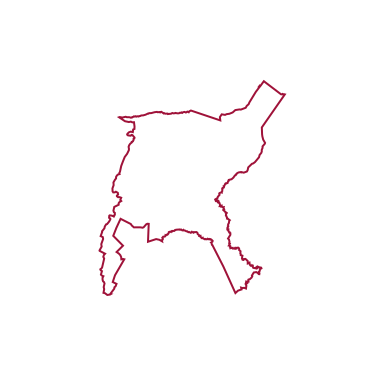 outline of Masaiti, Copperbelt, Zambia, rotated 217°
{"feature_id": "96606910B87020590647468", "entity_name": "Masaiti", "entity_type": "district", "adm_level": 2, "iso_a3": "ZMB", "parent_name": "Zambia", "parent_adm1": "Copperbelt", "projection": "robinson", "projection_center": [28.591, -13.342], "detail": "fine", "context": "isolated", "style": "outline", "palette": "rose", "viewbox_px": 384, "rotation_deg": 217, "n_neighbors": 0, "source": "geoboundaries", "source_scale": "gbopen_adm2", "svg_char_len": 6049}
<svg xmlns="http://www.w3.org/2000/svg" viewBox="0 0 384 384"><g transform="rotate(217 192 192)"><path d="M241.9,256.4L242.7,254.8L242.6,253.7L244.1,253.4L244.7,251.8L246.1,251.5L247.1,250.4L247.4,249.3L248.3,249.2L248.5,248.5L249.3,248.1L249.8,247.0L250.9,246.1L252.9,245.1L253.0,244.7L254.2,243.6L255.3,243.2L255.8,242.0L258.2,239.7L258.7,239.9L260.6,238.4L261.8,238.2L261.9,237.7L264.7,237.6L265.2,236.6L265.5,236.8L267.5,235.0L268.2,234.9L270.0,233.1L272.1,230.4L273.5,229.3L274.0,228.3L274.3,228.3L275.6,225.8L277.2,223.7L278.6,222.6L279.1,221.5L279.9,220.8L280.0,220.2L281.2,219.6L281.9,218.6L282.6,218.6L283.2,217.7L283.9,217.5L284.5,215.8L284.8,215.8L285.4,214.6L286.9,214.1L289.1,212.5L290.2,212.2L292.5,209.5L294.8,208.4L295.2,207.8L288.1,208.2L284.5,209.9L283.2,211.4L281.6,211.7L280.3,212.8L277.4,209.8L275.9,207.7L276.6,206.5L275.3,204.2L277.2,203.4L278.3,201.7L278.6,199.6L278.4,198.9L277.6,198.6L276.4,199.1L274.8,200.1L274.7,201.2L273.8,201.6L270.7,200.9L270.3,200.1L270.7,199.4L270.0,198.4L269.7,196.9L270.3,195.8L269.9,195.4L270.4,193.4L270.3,191.4L269.8,189.9L268.3,188.5L267.6,187.4L266.8,183.4L266.8,179.5L265.6,175.0L264.2,170.2L261.7,164.8L261.5,163.5L260.6,162.7L261.5,161.7L261.9,160.0L261.7,158.3L260.8,157.1L260.9,155.5L260.5,152.4L258.7,150.3L257.7,147.0L255.8,144.7L254.6,144.3L253.4,145.3L253.0,146.4L250.8,146.7L249.5,145.5L249.8,143.9L249.4,143.4L247.9,143.4L246.8,144.3L245.1,144.8L244.5,142.5L243.1,142.2L243.9,140.1L243.8,138.8L242.9,137.7L245.1,133.3L243.5,129.8L242.2,128.9L241.1,128.9L240.0,127.5L239.7,125.5L240.5,125.7L241.0,125.0L242.0,124.8L243.7,123.8L243.8,123.3L242.7,121.5L241.3,121.6L240.8,121.1L240.4,118.6L240.5,115.3L241.1,114.5L240.9,112.0L240.1,110.3L240.2,106.5L239.7,106.0L238.4,101.8L236.1,102.3L234.7,101.0L233.1,95.8L231.3,94.0L230.7,89.7L230.3,89.4L224.3,90.4L224.5,88.8L223.8,86.8L222.1,86.0L218.4,77.7L218.3,76.6L218.7,75.1L217.9,74.6L216.3,74.6L215.0,71.2L213.5,71.0L212.1,71.4L211.8,69.6L210.5,68.0L209.2,67.1L208.1,67.1L206.8,66.3L205.3,62.9L203.7,61.6L202.0,58.2L200.6,58.8L197.7,58.8L195.8,60.7L195.5,61.4L195.9,61.2L195.9,68.0L196.6,69.2L196.3,70.7L197.0,73.2L201.1,72.4L203.4,79.2L205.6,97.5L206.8,97.0L207.9,95.7L209.4,97.4L211.2,98.4L213.2,98.8L216.1,98.7L214.8,107.6L228.5,109.6L230.8,117.8L232.9,127.6L221.6,129.6L219.9,129.0L217.1,128.8L211.8,132.8L209.9,133.8L209.4,134.8L209.1,138.7L208.5,139.8L207.4,140.5L197.2,125.8L192.3,132.8L189.3,134.2L186.3,134.6L187.2,135.3L186.8,136.0L187.0,137.0L188.2,137.6L188.1,139.0L186.9,140.0L186.8,140.8L187.1,141.4L186.8,141.4L186.5,142.7L186.1,142.8L185.8,143.6L186.0,144.1L185.8,144.8L186.4,146.0L185.5,147.3L184.7,147.4L184.7,148.2L184.2,148.5L184.4,149.0L182.8,150.2L182.7,151.3L182.2,151.6L182.1,152.2L180.2,153.9L179.4,154.3L179.2,154.8L178.5,154.9L178.1,155.5L176.6,155.5L176.2,155.8L176.0,156.6L175.4,156.4L174.4,157.0L172.8,157.2L172.3,157.7L170.7,157.7L170.3,158.3L168.4,158.7L168.2,160.1L167.5,160.0L166.7,160.8L166.2,160.6L165.9,161.4L164.3,162.7L163.2,162.7L162.1,161.8L160.1,161.8L159.8,161.3L158.9,162.1L158.4,161.3L157.0,161.3L156.6,161.0L156.0,161.8L155.8,161.5L153.2,162.0L153.1,162.5L151.7,163.1L151.4,164.1L150.5,164.1L150.1,164.8L149.4,164.9L149.3,165.3L148.8,165.5L148.6,165.1L147.5,165.6L146.1,165.4L145.8,164.7L146.3,163.2L145.9,163.2L144.3,161.8L143.8,161.9L122.2,151.4L96.5,137.4L95.9,140.9L93.8,144.0L95.2,145.2L93.9,145.7L92.6,146.9L90.8,147.4L92.2,149.9L93.9,150.8L94.0,151.6L93.2,151.8L93.1,152.3L94.4,152.2L94.8,153.1L93.7,153.3L92.9,154.4L94.1,155.4L94.2,156.1L93.4,157.0L92.9,159.5L93.2,161.1L93.9,161.4L94.2,164.9L92.5,166.7L90.7,166.9L89.3,166.6L88.8,166.9L89.3,167.8L90.1,167.8L90.6,168.5L90.4,169.7L91.3,171.3L90.6,172.8L91.2,173.2L93.4,172.2L95.0,171.9L95.2,171.1L94.8,170.9L94.7,170.2L94.1,170.3L94.2,169.9L94.6,169.5L95.7,169.6L96.0,169.0L97.4,168.3L98.4,168.8L99.2,169.9L99.5,169.8L99.3,169.3L99.9,169.4L99.8,169.0L100.8,168.4L102.2,168.8L103.6,170.2L104.5,168.5L106.0,170.4L108.5,170.7L109.1,170.7L110.3,169.6L109.9,169.1L110.0,168.7L110.9,168.3L112.2,169.1L113.4,171.5L115.1,170.9L115.8,171.8L116.4,172.0L117.6,173.9L119.4,174.0L120.0,174.9L120.9,175.4L121.6,175.4L122.7,174.4L122.9,173.9L122.5,173.6L122.9,173.0L124.0,173.3L124.2,172.1L125.0,171.9L125.3,171.5L125.9,171.9L127.5,170.2L128.4,171.5L129.0,171.1L129.5,171.5L129.6,172.0L130.1,172.1L130.4,171.8L130.7,173.6L131.5,173.5L132.1,174.8L133.9,176.3L135.2,176.5L135.6,180.9L136.6,182.2L137.3,182.0L137.6,182.5L138.4,182.3L139.3,182.7L140.5,184.1L140.7,183.9L140.5,183.2L141.0,183.2L141.0,183.8L142.1,184.4L142.2,186.1L142.7,186.3L142.6,186.6L143.7,187.9L143.8,189.2L145.0,191.6L144.9,192.2L146.9,192.2L148.0,191.8L148.4,192.6L149.0,192.7L149.8,193.4L150.7,193.5L151.7,195.1L151.5,195.8L151.7,196.2L152.9,195.8L153.1,196.2L156.2,196.4L156.4,196.8L156.0,197.6L157.3,198.3L157.6,199.0L158.2,198.4L159.1,198.2L160.0,198.9L160.2,197.8L160.6,197.9L161.3,197.4L161.5,198.3L163.5,199.8L163.9,199.9L164.5,199.3L165.1,199.3L165.3,200.7L165.9,200.8L166.4,200.2L167.2,200.6L167.4,200.0L167.1,199.5L167.5,199.1L169.0,200.0L168.0,202.6L168.5,203.7L168.3,206.3L169.3,207.1L169.4,207.7L168.4,209.3L167.9,209.5L168.4,210.1L168.4,211.0L169.9,212.9L169.6,213.2L169.9,213.8L169.3,214.8L169.6,215.5L170.2,215.8L169.9,216.4L170.4,218.6L169.9,219.1L170.1,219.5L169.0,220.5L169.7,222.5L169.4,223.1L169.9,223.8L168.1,226.0L167.6,228.4L167.7,231.0L167.3,231.6L167.5,232.4L167.2,232.6L167.3,234.1L166.6,235.6L165.3,237.0L164.6,237.2L164.6,237.6L162.3,238.6L160.5,241.4L160.7,242.9L161.9,245.5L161.1,250.6L160.3,251.7L159.7,253.8L159.4,260.1L160.3,262.3L160.2,265.0L160.7,266.4L161.6,267.5L162.2,269.7L163.1,270.9L162.9,274.3L163.2,275.2L166.7,276.7L169.2,278.7L170.7,280.2L175.1,285.6L176.6,325.8L177.5,325.4L178.0,324.7L178.7,324.8L179.1,324.0L179.7,323.6L201.3,323.7L201.2,317.8L201.9,317.8L201.9,316.1L201.3,316.1L201.3,310.3L200.1,298.1L199.6,296.2L200.1,293.7L199.8,291.6L202.6,287.2L203.8,286.5L206.7,283.5L207.4,280.0L209.2,277.0L211.2,275.0L212.0,273.5L215.0,271.9L214.8,268.6L212.5,266.2L241.9,256.4Z" fill="none" stroke="#9f1239" stroke-width="2"/></g></svg>